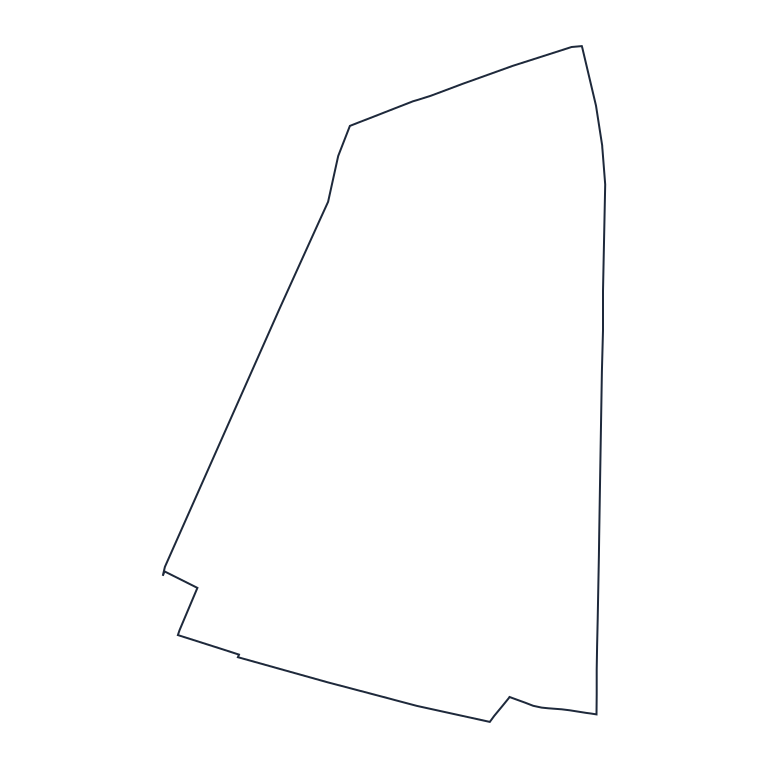 Al Sahil, Al Qahirah, Egypt (Natural Earth projection)
{"feature_id": "37247803B54164801772616", "entity_name": "Al Sahil", "entity_type": "district", "adm_level": 2, "iso_a3": "EGY", "parent_name": "Egypt", "parent_adm1": "Al Qahirah", "projection": "natural_earth1", "projection_center": [31.249, 30.094], "detail": "fine", "context": "isolated", "style": "outline", "palette": "slate", "viewbox_px": 768, "rotation_deg": 0, "n_neighbors": 0, "source": "geoboundaries", "source_scale": "gbopen_adm2", "svg_char_len": 937}
<svg xmlns="http://www.w3.org/2000/svg" viewBox="0 0 768 768"><path d="M603.0,295.4L603.0,293.7L603.0,290.9L605.2,184.5L602.5,149.9L602.3,147.8L602.2,145.6L596.0,105.7L582.3,47.8L581.8,46.1L571.6,47.0L512.6,65.9L462.7,83.8L430.7,95.8L417.4,100.0L412.6,101.4L412.2,101.6L395.0,108.3L384.0,112.6L379.7,114.3L359.3,122.2L349.9,125.9L338.2,156.0L328.1,201.8L318.7,222.4L279.5,308.8L164.9,566.9L162.8,575.8L164.5,571.4L197.4,587.9L179.5,630.3L178.7,632.7L177.9,635.1L220.1,648.5L236.5,653.8L239.0,654.6L238.6,655.6L237.9,657.2L327.6,682.3L390.6,698.9L392.8,699.5L395.0,700.1L416.9,705.9L489.8,721.9L494.2,715.9L502.3,706.1L508.4,698.6L509.0,697.8L509.5,697.0L525.2,702.7L533.2,705.8L541.6,707.6L548.5,708.3L561.7,709.3L569.8,710.3L586.2,712.9L590.8,713.5L596.5,714.4L596.7,694.1L596.7,669.5L597.1,645.8L597.7,619.1L598.9,555.6L599.2,534.7L600.1,478.5L601.9,371.4L603.0,330.4L603.0,295.4Z" fill="none" stroke="#1e293b" stroke-width="2"/></svg>